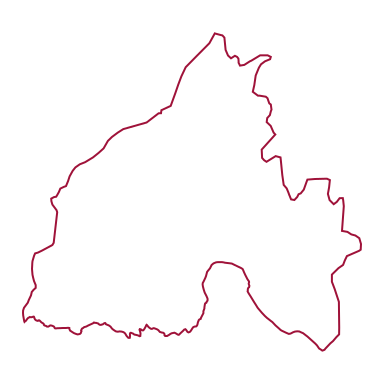 Tall Kalakh, Homs (Hims), Syria
{"feature_id": "27442178B60418009452869", "entity_name": "Tall Kalakh", "entity_type": "district", "adm_level": 2, "iso_a3": "SYR", "parent_name": "Syria", "parent_adm1": "Homs (Hims)", "projection": "equal_earth", "projection_center": [36.286, 34.74], "detail": "fine", "context": "isolated", "style": "outline", "palette": "rose", "viewbox_px": 384, "rotation_deg": 0, "n_neighbors": 0, "source": "geoboundaries", "source_scale": "gbopen_adm2", "svg_char_len": 5894}
<svg xmlns="http://www.w3.org/2000/svg" viewBox="0 0 384 384"><path d="M214.8,33.4L209.4,43.2L196.8,55.9L185.7,67.2L181.4,76.3L178.3,84.5L175.2,93.5L170.7,105.9L161.4,110.2L161.0,113.2L158.6,113.3L146.6,122.5L123.3,129.1L117.8,132.6L111.9,137.0L107.9,140.9L107.1,142.3L103.6,148.4L98.6,152.9L93.0,157.4L85.1,162.2L79.8,164.3L75.4,167.4L72.7,170.8L69.6,176.4L68.1,181.0L66.0,186.1L63.8,186.9L60.3,188.6L58.9,192.0L57.4,194.7L56.2,196.7L54.0,197.1L51.2,198.6L51.4,201.2L52.4,204.6L56.5,210.1L57.2,212.2L53.7,242.8L52.4,245.0L42.0,250.6L37.9,252.6L35.1,253.4L34.1,255.7L32.5,261.1L32.3,263.0L32.2,265.2L32.1,267.2L32.0,268.7L32.1,270.2L32.5,274.8L33.2,277.9L34.0,281.0L35.7,285.1L35.7,287.9L33.5,289.9L32.7,290.9L31.8,291.9L31.0,295.4L28.8,300.0L27.8,302.7L24.0,307.8L23.1,310.5L23.0,312.9L23.2,315.5L24.2,321.1L24.5,321.9L24.9,321.5L26.0,320.7L26.7,319.6L27.5,318.6L28.3,317.8L28.9,317.6L29.8,317.0L30.5,317.2L31.5,317.2L32.4,317.0L33.3,316.6L33.9,316.7L34.3,317.5L34.4,318.2L34.6,318.6L34.9,319.2L35.7,320.1L36.1,320.3L37.0,320.7L37.9,320.9L38.4,320.4L39.1,320.3L39.8,320.7L40.9,321.9L41.9,322.7L42.9,323.2L43.8,324.1L43.9,324.5L43.9,324.9L44.4,325.4L45.2,325.7L46.0,325.9L47.0,326.6L48.3,326.6L49.7,325.8L50.2,325.4L51.2,325.5L52.0,325.7L53.0,326.1L53.8,326.5L54.3,327.1L54.5,327.7L54.6,327.8L55.0,328.3L55.6,328.4L56.0,328.4L57.6,328.2L58.4,328.2L61.0,328.1L62.9,328.0L65.8,328.0L68.2,327.8L69.3,328.0L69.3,328.6L69.5,329.2L69.7,329.7L70.1,330.6L70.7,331.0L71.9,331.8L72.8,332.4L74.1,333.2L76.2,334.0L77.5,334.4L78.9,334.2L80.1,333.8L80.8,333.1L81.1,332.1L81.5,331.1L81.1,330.6L81.3,329.9L82.0,328.6L83.1,328.0L84.2,327.1L85.0,326.9L86.4,326.5L87.6,325.8L88.4,325.4L93.0,323.3L94.0,322.5L94.5,322.8L95.5,322.9L96.2,322.9L98.2,323.5L98.8,324.2L100.1,324.9L101.0,324.9L101.6,324.6L102.7,324.4L104.3,323.2L105.1,323.0L105.5,323.3L105.9,324.2L106.8,324.6L108.8,325.4L110.5,326.6L112.0,328.6L113.3,329.7L115.7,331.3L116.9,331.6L117.9,331.7L119.6,331.4L121.7,331.6L123.6,332.2L124.1,332.6L124.9,333.2L125.6,334.2L126.2,335.3L126.8,336.2L127.4,336.8L128.3,337.8L129.2,337.9L129.8,337.8L129.9,337.2L130.0,336.0L129.9,334.2L130.1,333.2L130.6,332.8L131.4,332.9L132.4,333.4L133.1,333.6L133.8,334.2L134.4,334.6L135.1,334.7L136.5,335.0L138.0,335.4L139.0,335.9L139.5,336.2L140.3,336.0L140.4,335.0L140.5,333.3L140.1,331.6L139.7,330.4L139.5,329.7L139.8,329.1L140.3,329.2L140.6,329.3L140.9,329.4L141.5,329.8L141.7,330.2L142.2,330.4L143.3,330.3L144.2,329.2L145.3,327.3L145.8,326.3L146.2,325.3L146.6,324.8L147.0,325.1L147.3,325.5L148.6,327.1L149.7,328.0L151.0,328.8L151.9,328.9L152.4,328.7L153.3,328.2L154.0,328.2L155.5,328.7L157.2,329.4L158.4,330.2L159.8,331.9L161.1,332.3L161.6,332.5L163.1,332.7L163.5,333.0L164.1,333.4L164.5,334.2L164.5,335.3L165.2,336.0L166.3,336.0L167.1,336.0L168.3,335.3L169.2,334.8L170.4,333.9L171.6,333.3L174.4,332.7L175.1,333.0L175.9,333.4L177.8,334.6L178.6,334.8L178.8,334.7L179.0,334.7L180.7,333.0L183.0,330.9L184.2,329.6L185.4,329.2L186.1,329.9L186.4,330.3L186.8,330.9L187.4,331.8L188.4,332.4L188.7,332.3L189.7,332.0L190.6,331.1L191.6,329.6L192.2,328.6L193.1,327.3L193.6,327.0L194.5,326.6L195.2,326.5L196.2,326.4L196.9,325.7L197.3,324.9L197.5,324.2L197.7,323.4L197.9,322.3L198.1,321.8L198.4,321.2L198.6,320.4L199.2,319.6L199.9,319.2L200.7,318.9L201.0,317.8L202.3,315.3L203.4,313.2L203.4,311.2L204.4,308.5L204.4,307.5L204.8,304.8L205.1,303.5L205.7,303.0L206.3,302.8L206.5,302.5L206.6,301.8L206.8,301.5L207.5,300.7L207.6,299.8L207.5,298.5L206.4,295.9L204.7,292.6L203.7,289.5L202.9,286.4L202.6,284.3L202.8,282.9L203.5,281.7L205.3,277.9L206.0,276.1L207.1,271.9L208.1,270.6L210.0,268.3L211.6,265.0L213.5,263.4L215.9,262.4L217.1,262.2L218.4,262.1L218.7,262.1L221.9,262.1L223.0,262.3L223.8,262.4L224.8,262.7L229.9,263.3L231.3,263.5L231.7,263.5L234.7,265.0L241.2,268.1L242.6,269.0L243.1,270.0L244.0,272.2L245.3,275.0L247.5,279.3L248.5,280.7L249.0,281.5L249.1,282.2L248.9,282.8L248.7,283.7L248.9,284.5L249.4,285.8L249.1,287.2L248.4,287.7L247.8,289.1L247.8,290.5L247.6,291.4L248.7,293.4L250.5,296.2L252.7,299.8L254.1,302.1L255.7,304.6L257.6,307.7L258.5,308.8L261.8,312.7L264.9,316.0L267.3,318.2L267.5,318.3L271.3,321.3L272.3,322.0L275.5,325.4L278.9,328.4L280.5,329.9L281.6,330.6L286.0,332.7L288.8,333.9L290.5,333.6L291.5,333.1L293.0,332.3L294.9,331.6L296.4,331.4L297.5,331.3L299.4,331.5L301.0,332.3L303.1,333.2L306.2,335.6L307.4,336.5L311.4,340.1L315.3,343.6L317.0,345.4L319.1,348.5L320.3,349.2L321.5,350.0L322.1,350.5L322.6,350.6L323.4,350.2L324.5,349.8L325.4,348.6L330.4,343.3L333.0,341.1L336.4,337.1L339.1,334.4L339.2,327.7L338.9,302.7L338.9,301.9L338.8,301.6L336.3,294.0L334.7,289.1L333.1,284.9L333.0,284.6L331.9,281.8L331.9,277.0L331.9,274.6L333.1,273.4L336.8,269.8L338.5,268.1L343.1,264.9L343.8,263.1L344.8,260.5L346.9,256.1L356.6,251.9L359.1,250.8L360.7,249.7L361.0,244.0L359.3,238.2L355.4,235.5L351.3,234.4L347.5,231.9L342.0,230.9L343.8,206.2L343.2,200.3L342.8,198.1L339.6,198.2L336.8,201.9L333.7,204.2L329.6,200.1L327.9,193.9L329.1,187.3L329.8,180.7L329.9,180.1L329.1,179.7L326.9,178.7L315.0,179.0L307.4,179.6L306.4,182.3L303.8,189.6L300.7,193.4L298.6,194.2L297.2,197.0L294.4,200.0L291.1,199.4L290.1,197.0L289.9,196.4L289.6,195.7L289.3,195.1L289.1,194.5L288.7,193.4L288.5,192.8L286.7,188.4L283.7,184.9L282.3,175.1L280.8,160.0L280.5,157.4L276.3,156.3L275.7,156.1L266.5,161.8L264.1,160.2L262.1,157.9L261.7,149.6L275.3,134.5L273.6,132.6L270.7,125.9L266.7,122.1L267.1,118.9L267.2,118.4L267.2,118.1L269.9,115.1L270.8,111.4L271.5,109.6L270.8,104.5L269.3,103.4L268.5,101.2L267.5,98.2L265.8,96.7L259.8,95.7L258.0,95.7L252.8,91.8L254.3,85.1L255.7,75.5L258.9,67.7L261.0,64.3L265.0,61.3L270.1,59.2L270.8,56.9L267.6,55.3L260.2,55.3L251.3,60.7L249.9,61.3L244.3,64.9L241.9,65.3L240.0,65.6L239.0,63.5L238.6,62.8L238.6,61.1L238.4,58.6L237.1,56.9L234.9,55.8L231.0,58.3L228.0,55.5L225.6,49.9L224.4,37.6L222.4,35.4L221.0,35.1L215.4,33.6L214.8,33.4Z" fill="none" stroke="#9f1239" stroke-width="2"/></svg>